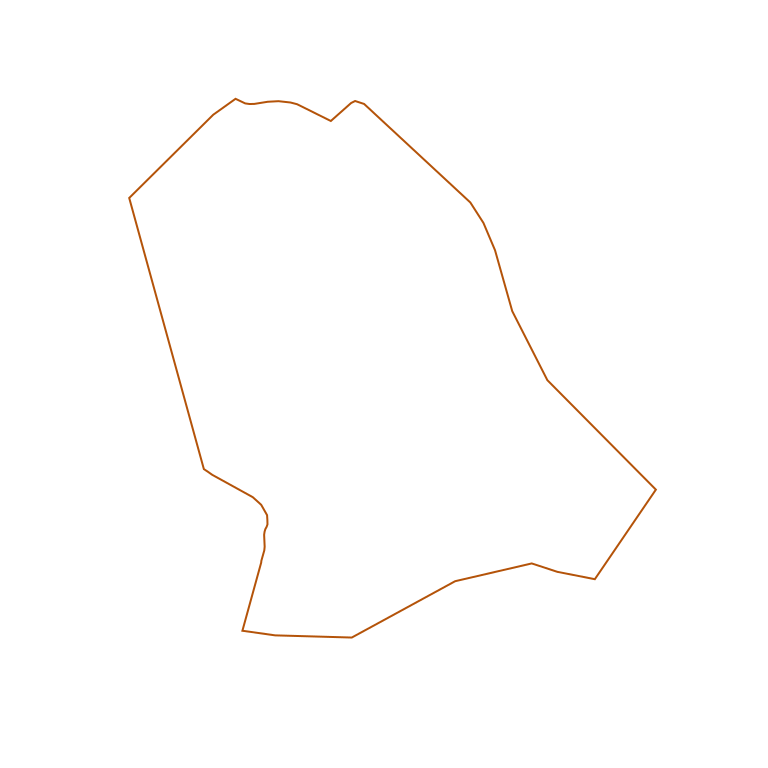 the Parish of Saint George, rotated 282°
{"feature_id": "DMA-1434", "entity_name": "Saint George", "entity_type": "Parish", "adm_level": 1, "iso_a3": "DMA", "parent_name": "Dominica", "parent_adm1": "", "projection": "mercator", "projection_center": [-61.35, 15.3], "detail": "fine", "context": "isolated", "style": "outline", "palette": "amber", "viewbox_px": 768, "rotation_deg": 282, "n_neighbors": 0, "source": "natural_earth", "source_scale": "10m", "svg_char_len": 705}
<svg xmlns="http://www.w3.org/2000/svg" viewBox="0 0 768 768"><g transform="rotate(282 384 384)"><path d="M236.9,630.8L236.3,592.7L239.2,565.8L205.9,494.6L129.3,405.2L115.5,329.8L113.2,296.8L183.7,301.0L185.6,300.8L196.4,301.5L200.0,301.1L211.6,298.1L214.7,297.9L217.3,298.1L220.0,298.9L222.5,299.2L226.7,298.2L231.4,296.9L240.3,289.0L246.0,279.2L259.4,235.0L260.5,232.4L261.5,230.1L263.3,225.5L513.0,96.1L611.9,161.0L632.1,179.5L629.6,189.9L629.9,194.2L631.0,198.9L635.9,211.6L638.7,222.0L639.9,234.0L639.6,240.8L630.2,277.3L652.0,293.4L654.8,296.9L653.8,306.3L579.5,430.7L562.2,447.8L537.9,464.8L481.9,494.3L421.7,543.0L337.2,671.9L236.9,630.8Z" fill="none" stroke="#b45309" stroke-width="2"/></g></svg>